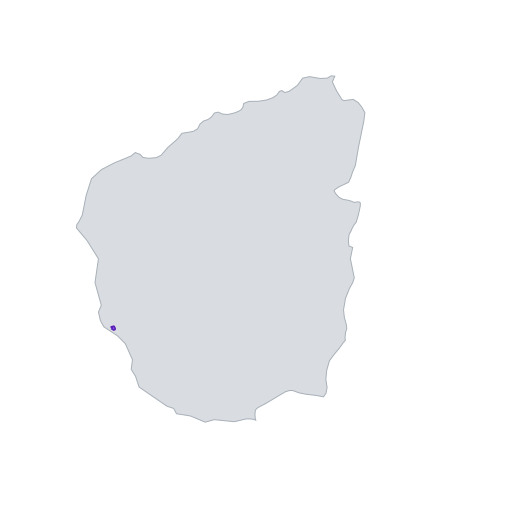 location of Nicolich, Canelones, Uruguay, rotated 58°
{"feature_id": "84410073B10990004247606", "entity_name": "Nicolich", "entity_type": "district", "adm_level": 2, "iso_a3": "URY", "parent_name": "Uruguay", "parent_adm1": "Canelones", "projection": "orthographic", "projection_center": [-56.036, -34.803], "detail": "fine", "context": "in_parent", "style": "filled", "palette": "violet", "viewbox_px": 512, "rotation_deg": 58, "n_neighbors": 0, "source": "geoboundaries", "source_scale": "gbopen_adm2", "svg_char_len": 2587}
<svg xmlns="http://www.w3.org/2000/svg" viewBox="0 0 512 512"><g transform="rotate(58 256 256)"><path d="M395.1,343.2L392.2,345.7L389.0,350.5L385.1,362.1L372.7,378.1L370.0,387.1L356.9,396.4L347.6,407.0L341.6,406.6L336.2,411.1L305.2,424.6L294.2,421.9L286.0,421.9L278.5,415.7L261.1,413.3L250.2,415.8L235.6,422.5L231.2,422.4L228.0,422.1L220.1,419.3L215.8,413.3L193.2,406.6L174.9,391.1L153.5,391.1L137.1,393.4L134.5,391.4L132.7,387.4L129.2,381.6L114.8,368.1L103.3,354.6L100.8,341.2L102.0,326.4L105.0,309.0L104.3,303.6L108.4,300.4L112.5,299.7L116.4,295.1L119.8,288.2L120.3,283.1L117.3,273.6L115.1,260.3L112.7,253.8L117.1,243.2L117.2,238.1L114.5,233.7L113.7,229.1L114.8,224.4L114.5,219.9L112.7,215.6L113.9,211.9L118.1,209.0L121.2,204.6L123.2,198.6L124.1,194.1L124.1,191.0L122.8,188.2L120.1,185.5L121.2,180.0L126.2,171.7L129.3,164.4L130.7,158.0L130.5,152.9L128.8,149.0L129.4,146.4L132.6,145.0L133.9,140.8L133.3,130.6L129.9,122.2L132.3,115.5L139.3,107.7L142.9,101.4L143.1,96.7L145.3,93.9L148.8,99.0L159.0,100.2L169.2,100.2L170.9,98.9L174.8,90.5L180.1,88.0L185.8,87.4L192.1,87.7L198.9,93.2L217.9,111.3L231.9,123.8L236.1,129.8L239.8,134.2L242.5,138.4L241.3,149.2L241.5,153.9L242.2,155.3L245.3,155.4L250.0,154.6L254.0,152.3L257.0,148.9L260.1,146.0L262.5,144.5L263.4,142.3L264.8,139.9L266.3,139.4L269.0,141.2L275.4,147.4L280.4,153.1L281.6,156.4L283.5,159.8L285.5,162.7L287.0,165.6L291.8,169.4L296.7,171.9L300.0,169.5L308.3,177.4L326.6,184.2L329.9,188.2L333.0,193.9L339.3,202.5L348.0,210.3L355.1,213.7L361.9,215.7L365.7,217.5L368.2,220.5L372.3,223.7L374.9,225.0L375.7,227.8L378.3,234.1L380.9,242.0L383.8,249.3L390.3,256.5L397.6,262.1L405.2,265.4L409.5,269.4L411.2,273.4L405.9,279.1L400.1,286.4L394.9,292.0L389.7,296.0L387.9,298.7L386.7,303.0L386.2,326.0L385.6,334.6L385.9,336.9L386.6,338.4L389.7,340.8L393.5,342.8L395.1,343.2Z" fill="#d9dde1" stroke="#a8b0b8" stroke-width="1"/><path d="M241.8,416.8L242.2,416.6L242.5,416.4L242.8,416.3L243.1,416.1L243.3,416.0L243.5,415.9L243.5,415.5L243.6,415.1L243.7,414.7L243.7,414.4L243.3,414.1L243.0,414.1L242.6,414.0L242.5,413.8L242.5,413.7L242.4,413.7L242.2,413.8L241.9,413.7L241.3,413.6L240.9,413.5L240.7,413.5L240.5,413.8L240.4,413.9L240.2,413.9L240.2,414.0L240.1,414.3L239.9,414.4L239.9,414.5L240.0,414.5L240.2,414.8L240.0,415.0L240.0,415.3L239.9,415.4L239.7,415.4L239.7,415.5L239.5,415.8L239.4,415.9L239.4,416.0L239.3,416.3L239.5,416.4L239.8,416.4L239.9,416.6L240.1,416.6L240.3,416.6L240.4,416.4L240.5,416.2L240.8,416.0L241.0,416.0L241.0,416.3L241.4,416.5L241.6,416.6L241.8,416.6L241.8,416.8Z" fill="#8b5cf6" stroke="#5b21b6" stroke-width="1.5"/></g></svg>